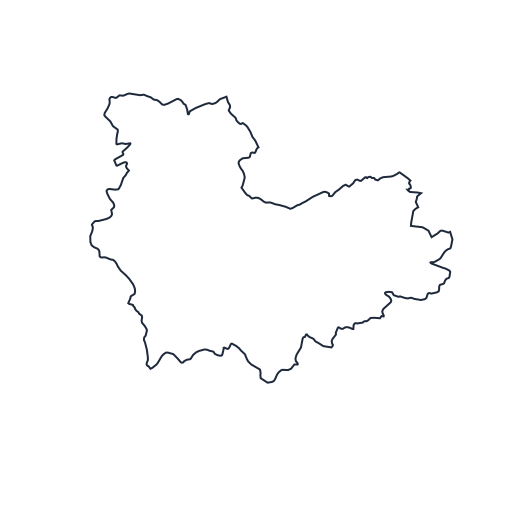 outline of Than Uyen, Lào Cai, Vietnam, rotated 289°
{"feature_id": "81297802B70449859021509", "entity_name": "Than Uyen", "entity_type": "district", "adm_level": 2, "iso_a3": "VNM", "parent_name": "Vietnam", "parent_adm1": "Lào Cai", "projection": "mercator", "projection_center": [103.85, 21.883], "detail": "fine", "context": "isolated", "style": "outline", "palette": "slate", "viewbox_px": 512, "rotation_deg": 289, "n_neighbors": 0, "source": "geoboundaries", "source_scale": "gbopen_adm2", "svg_char_len": 6108}
<svg xmlns="http://www.w3.org/2000/svg" viewBox="0 0 512 512"><g transform="rotate(289 256 256)"><path d="M397.0,176.2L392.6,170.9L388.5,168.7L387.2,167.6L385.6,165.4L385.3,164.2L385.4,162.2L385.1,161.5L383.0,158.4L376.3,150.8L371.7,146.7L371.1,146.3L368.2,146.3L368.0,146.1L368.0,145.4L372.3,143.1L375.9,140.2L376.4,138.0L377.9,136.0L378.9,134.0L379.2,131.1L378.5,129.9L371.6,123.3L369.2,120.3L368.8,119.2L368.8,117.8L370.2,114.9L371.0,112.6L371.1,111.2L370.6,108.5L371.8,104.6L371.7,101.8L372.0,97.4L370.3,94.0L368.4,83.3L367.4,81.7L364.4,78.4L363.4,74.6L360.2,72.5L359.7,71.5L359.7,69.4L359.5,67.9L359.0,67.1L358.1,66.6L356.6,66.3L354.8,67.2L352.3,68.0L347.7,67.7L342.0,66.4L339.8,66.7L338.9,67.9L335.8,74.5L332.2,78.5L330.5,84.0L329.0,84.8L325.7,85.1L321.1,86.0L316.5,87.5L316.3,88.3L318.9,92.4L319.5,96.4L321.6,100.3L321.3,100.7L320.4,100.6L316.6,98.9L311.2,95.9L310.4,96.2L309.2,97.4L308.3,97.4L301.5,91.3L300.3,90.8L296.1,94.6L296.1,95.2L300.8,99.9L302.1,101.7L302.3,103.1L301.5,104.0L298.6,103.8L298.0,104.2L296.9,105.3L295.4,108.0L292.5,106.9L289.7,106.4L286.6,105.1L279.0,105.1L275.0,104.4L274.2,104.0L272.9,101.3L271.6,95.4L270.9,94.3L269.7,93.6L268.7,93.6L268.1,93.9L266.2,95.4L262.4,99.3L260.0,103.5L258.6,104.9L257.4,105.6L255.8,105.8L252.4,104.1L249.6,105.8L248.2,106.3L246.7,106.1L244.9,105.2L242.5,102.8L237.9,95.8L236.7,92.7L235.8,92.0L233.0,90.8L231.9,90.7L230.7,92.0L228.7,92.8L225.5,93.1L220.8,92.8L215.1,95.0L213.0,96.7L212.3,97.9L211.6,100.0L211.3,103.7L210.7,105.1L209.2,106.5L204.9,108.2L204.3,109.2L204.3,110.5L205.3,112.8L205.7,114.4L205.4,119.5L205.8,122.0L205.7,122.6L204.7,124.8L203.1,126.9L201.2,128.7L198.1,132.9L195.5,139.1L193.2,143.4L189.4,148.8L187.5,150.6L185.8,152.0L183.0,153.3L180.5,153.5L177.4,150.9L176.7,150.7L174.8,151.0L169.8,150.6L169.4,151.7L169.7,155.5L168.6,156.4L167.9,158.0L166.4,159.1L165.2,161.0L164.5,163.3L163.5,164.1L162.4,167.5L160.6,168.4L157.8,168.8L155.8,169.9L153.6,173.6L151.5,176.1L150.2,177.1L144.7,177.6L143.1,176.9L141.7,176.9L140.1,177.4L137.8,179.4L131.9,183.3L125.3,186.6L122.3,187.7L119.2,187.5L117.6,188.0L116.8,189.2L116.8,190.3L115.0,192.9L116.5,194.4L120.9,197.2L122.9,197.9L130.6,199.5L133.2,200.7L135.4,202.4L136.0,204.3L136.3,209.8L133.6,215.2L131.2,219.2L130.9,220.2L131.0,220.7L131.8,221.9L133.3,222.4L135.4,224.4L136.9,227.2L137.6,227.7L142.1,228.8L145.6,230.9L147.8,233.2L150.9,237.8L151.5,240.5L151.3,242.8L151.7,246.8L150.1,249.0L149.7,251.7L150.0,254.5L150.6,255.8L151.0,256.1L152.6,256.2L157.4,255.7L158.7,255.3L159.1,256.0L158.8,258.9L159.4,260.1L161.3,260.6L164.5,260.9L165.2,261.5L165.3,262.1L164.8,264.4L164.6,266.2L163.2,270.2L161.9,272.2L159.5,277.5L155.6,280.9L153.8,282.9L151.9,286.8L150.0,296.5L148.7,297.5L146.9,298.4L144.6,299.0L142.0,300.2L140.0,308.2L142.2,312.3L143.7,313.6L146.2,314.2L150.7,314.5L153.4,315.3L155.7,316.7L156.7,317.5L157.1,318.4L158.6,323.5L160.9,325.9L165.7,327.5L166.1,328.0L166.9,330.6L167.3,330.7L168.3,330.1L169.6,327.9L171.9,326.7L173.0,326.6L175.9,326.5L184.1,328.3L193.2,327.0L194.6,327.3L195.4,328.6L198.0,328.9L198.4,329.6L197.6,330.9L196.8,332.9L196.6,336.1L196.2,337.7L194.6,340.0L194.0,343.6L192.7,349.0L194.1,357.0L195.7,357.7L196.9,357.7L198.1,356.4L199.7,355.5L200.8,355.2L202.6,355.4L207.5,357.1L208.2,357.0L209.4,356.4L215.0,356.8L215.4,357.2L215.4,358.0L214.9,360.2L215.4,361.8L217.6,363.6L218.5,365.7L218.7,367.7L218.4,370.9L218.7,371.8L222.4,370.8L223.3,370.9L224.8,371.7L225.2,373.7L227.8,378.6L229.0,379.2L229.6,379.8L230.5,382.0L231.8,383.0L234.7,384.5L236.1,388.0L237.5,393.5L240.1,394.3L240.4,396.3L241.3,396.2L243.3,394.2L244.9,393.4L245.7,393.4L247.5,393.7L256.0,398.4L257.7,398.5L259.1,397.5L260.4,395.8L260.9,394.8L261.7,391.5L262.5,390.3L263.0,390.0L264.1,390.6L265.5,393.6L266.0,396.5L263.8,399.0L263.8,404.1L264.7,405.3L264.8,410.5L265.3,413.4L266.7,415.5L267.1,416.8L267.0,419.7L268.1,426.3L270.3,429.9L272.0,430.8L275.0,430.7L276.4,430.8L277.0,431.3L277.4,432.0L277.6,434.2L280.4,438.7L281.7,440.0L282.1,440.2L283.7,440.1L287.1,439.1L288.7,439.4L290.5,442.0L291.4,442.7L294.2,442.8L295.9,443.2L296.4,443.5L298.0,445.4L299.3,445.7L304.2,444.8L305.1,443.8L305.8,439.7L305.7,436.2L306.0,424.5L306.3,423.5L306.7,423.1L307.3,423.9L307.9,425.8L309.0,427.2L312.9,430.6L314.4,431.3L320.7,432.8L322.9,433.8L324.9,435.3L326.2,437.0L326.8,437.3L328.7,437.3L335.7,436.3L342.0,431.7L340.8,430.3L340.7,424.1L340.1,422.6L339.6,422.0L336.5,420.4L331.0,415.9L336.1,410.8L337.4,404.2L334.9,392.7L338.0,391.9L349.7,390.1L352.4,391.4L354.9,393.5L359.1,389.5L362.6,389.4L364.5,389.0L365.6,389.4L369.1,391.6L368.7,388.4L366.7,380.8L367.1,379.2L368.0,377.6L368.5,378.9L369.5,378.8L370.4,380.1L371.4,380.1L373.2,378.9L373.8,378.3L374.2,377.3L374.7,377.0L376.5,377.0L377.6,377.4L378.9,374.3L381.8,364.6L381.3,363.8L379.6,362.8L376.3,359.6L375.0,357.6L371.9,350.5L369.8,348.2L367.2,346.6L367.1,343.7L368.0,342.7L368.2,342.0L367.5,340.2L368.1,338.6L368.0,337.9L367.2,336.5L365.8,335.7L365.8,335.2L366.3,334.4L366.0,333.6L361.2,330.8L360.9,329.7L361.2,327.0L360.7,325.9L360.2,325.3L358.9,324.8L356.4,324.2L352.0,321.6L351.9,321.0L352.6,317.6L350.7,315.6L346.0,312.9L342.1,310.1L338.2,308.7L337.3,308.1L336.6,306.5L336.6,305.5L338.6,304.8L338.9,304.4L339.3,302.2L339.2,300.4L338.6,299.0L330.4,290.4L323.8,285.2L321.3,282.7L318.7,280.5L317.6,278.7L313.4,275.1L311.8,273.1L312.2,268.1L311.8,261.6L311.2,257.4L311.3,252.1L309.7,247.9L309.9,245.8L311.1,242.4L311.7,239.4L311.1,236.8L309.2,233.8L309.1,233.3L310.7,229.8L310.7,227.9L311.0,227.3L312.3,225.0L315.9,220.0L318.1,220.4L323.0,220.1L326.3,219.8L327.1,219.5L329.9,217.8L332.2,215.6L333.6,213.5L335.5,211.3L337.8,209.5L338.8,209.1L340.2,209.2L341.5,209.7L344.1,211.7L346.4,216.7L347.1,217.6L347.9,217.9L351.0,217.6L351.7,217.7L352.6,218.6L353.0,221.2L354.5,221.7L356.4,221.7L357.9,222.0L358.8,222.3L359.5,223.0L364.8,217.8L367.5,213.8L371.6,210.2L375.1,206.0L376.1,204.3L377.3,200.7L377.3,200.0L375.9,198.8L375.8,197.6L376.3,196.2L377.2,194.3L378.0,193.2L379.4,192.3L380.2,191.2L382.4,186.0L384.3,183.3L384.8,182.8L388.1,183.1L389.6,182.5L390.6,181.7L392.4,179.4L397.0,176.2Z" fill="none" stroke="#1e293b" stroke-width="2"/></g></svg>